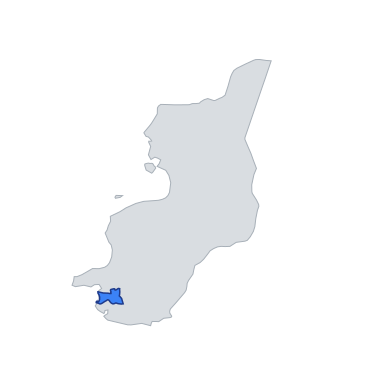 location of Manubah within Tunisia, rotated 211°
{"feature_id": "TUN-102", "entity_name": "Manubah", "entity_type": "Governorate", "adm_level": 1, "iso_a3": "TUN", "parent_name": "Tunisia", "parent_adm1": "", "projection": "robinson", "projection_center": [9.985, 36.85], "detail": "fine", "context": "in_parent", "style": "filled", "palette": "blue", "viewbox_px": 384, "rotation_deg": 211, "n_neighbors": 0, "source": "natural_earth", "source_scale": "10m", "svg_char_len": 3420}
<svg xmlns="http://www.w3.org/2000/svg" viewBox="0 0 384 384"><g transform="rotate(211 192 192)"><path d="M263.7,217.9L263.7,219.0L262.4,227.2L262.1,230.1L262.0,235.1L262.0,241.1L264.9,246.2L265.0,248.4L263.9,251.0L258.6,254.0L251.7,257.8L245.8,261.4L239.3,265.4L237.3,267.9L234.1,269.9L231.4,271.9L231.0,273.8L229.1,277.4L226.6,280.2L220.4,281.6L219.3,282.4L216.4,286.8L215.1,288.4L213.5,292.0L215.6,301.2L218.2,310.6L218.7,314.5L218.7,317.8L217.2,321.3L213.9,326.4L211.5,330.1L206.9,336.8L205.5,338.4L202.3,340.4L196.1,343.0L191.7,345.2L189.5,335.1L187.6,326.4L186.1,319.2L183.4,306.6L181.1,295.9L178.8,285.2L176.7,275.5L174.6,265.7L173.7,264.3L167.4,259.7L161.5,255.5L155.5,250.6L148.9,245.4L147.9,238.8L144.5,228.9L141.0,223.3L139.7,221.9L132.5,218.3L128.4,215.6L127.3,214.1L126.5,210.1L123.6,202.0L120.3,194.7L119.1,189.8L119.0,183.6L119.7,179.1L121.2,177.2L128.2,171.6L131.5,164.9L135.5,162.3L139.0,160.4L141.8,158.2L144.3,154.7L146.2,150.9L146.6,146.8L147.4,140.3L148.7,135.8L151.7,130.6L150.5,126.5L148.9,122.1L149.4,114.4L149.1,111.2L147.8,108.5L146.5,104.9L146.5,102.0L147.8,94.2L148.8,88.3L150.3,80.6L149.8,78.4L148.7,76.8L145.4,75.1L145.3,74.1L146.2,73.0L151.2,69.2L153.8,63.7L156.1,62.5L159.5,60.5L159.3,58.4L158.6,56.1L167.4,53.5L175.8,46.7L178.8,45.0L198.2,38.8L200.7,39.2L203.6,40.1L202.7,42.4L201.6,44.3L203.3,47.6L205.6,45.6L205.0,44.2L204.9,42.5L208.9,42.3L212.4,42.6L216.3,44.5L216.0,51.9L221.2,59.2L219.8,62.8L224.0,64.9L227.8,62.4L229.7,58.6L236.6,56.4L243.2,50.8L246.8,50.3L247.7,54.8L249.4,58.8L247.0,60.2L243.8,64.4L237.8,75.2L232.2,78.4L228.1,82.5L226.7,85.4L226.3,88.9L227.4,95.0L230.4,101.3L234.0,105.0L237.4,106.2L245.3,112.1L245.2,115.7L246.3,119.9L246.7,125.0L249.5,129.1L243.6,138.0L240.4,144.4L234.2,153.3L228.6,159.1L216.5,167.6L213.6,170.5L211.6,173.4L210.8,176.5L211.1,180.1L215.0,189.0L220.3,194.3L225.7,197.1L235.1,196.0L234.7,199.4L235.4,203.5L239.2,203.3L241.8,202.7L243.9,198.7L248.5,201.4L250.9,209.8L254.8,212.4L255.2,213.3L253.9,214.0L252.8,214.9L253.9,215.6L257.7,216.7L260.0,216.0L263.7,217.9ZM243.9,194.5L242.9,194.7L241.2,195.9L240.3,196.1L237.6,194.7L236.6,194.7L235.4,193.8L235.8,188.8L236.2,187.4L242.6,187.2L246.0,190.2L246.6,191.0L246.8,191.8L245.2,193.5L243.9,194.5ZM255.3,150.0L249.7,153.1L250.8,150.4L254.4,147.2L255.4,147.9L255.3,150.0Z" fill="#d9dde1" stroke="#a8b0b8" stroke-width="1"/><path d="M217.1,47.8L217.4,48.3L217.5,48.7L217.3,49.3L217.0,48.7L215.5,50.1L215.8,52.2L217.1,54.4L218.8,56.0L220.1,56.6L220.5,56.9L221.3,58.0L221.2,58.1L216.1,59.7L211.7,62.1L210.2,62.6L209.6,63.0L209.2,63.2L209.2,63.4L209.3,63.5L209.5,63.7L209.7,63.9L209.9,64.0L209.9,64.3L210.0,64.4L210.0,64.6L210.2,64.9L210.9,65.3L211.2,65.6L211.3,65.8L211.4,66.1L211.4,66.3L211.3,66.7L209.5,68.5L208.8,69.0L208.3,69.1L208.1,68.8L208.0,68.6L207.9,68.5L207.8,68.4L207.6,68.4L207.2,68.5L206.8,68.8L206.2,69.9L205.6,71.2L205.3,71.5L204.2,71.9L203.8,71.1L202.4,69.1L201.2,66.7L201.0,66.0L200.9,65.7L200.7,65.4L199.6,65.2L197.5,64.5L193.4,60.7L194.8,59.6L197.9,58.2L199.8,57.8L200.1,57.6L200.3,57.5L200.8,56.7L201.2,56.2L201.9,55.6L202.2,55.4L202.5,55.3L203.8,55.2L204.5,55.3L205.2,55.5L207.1,56.3L207.3,56.4L207.8,56.4L208.3,56.4L208.6,56.3L208.8,56.2L209.0,55.9L209.3,55.1L209.9,54.0L210.2,53.6L211.4,51.1L211.7,50.5L211.8,50.3L211.9,50.1L212.2,49.7L212.4,49.4L212.8,49.0L213.0,48.8L213.3,48.6L215.1,48.4L216.8,47.9L217.1,47.8Z" fill="#3b82f6" stroke="#1e3a8a" stroke-width="1.5"/></g></svg>